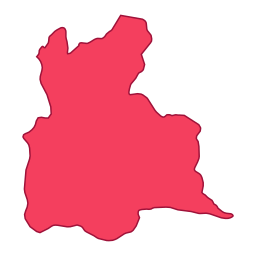 outline of Táchira
{"feature_id": "VEN-28", "entity_name": "Táchira", "entity_type": "State", "adm_level": 1, "iso_a3": "VEN", "parent_name": "Venezuela", "parent_adm1": "", "projection": "albers", "projection_center": [-71.957, 7.987], "detail": "fine", "context": "isolated", "style": "filled", "palette": "rose", "viewbox_px": 256, "rotation_deg": 0, "n_neighbors": 0, "source": "natural_earth", "source_scale": "10m", "svg_char_len": 3049}
<svg xmlns="http://www.w3.org/2000/svg" viewBox="0 0 256 256"><path d="M48.3,118.0L51.2,113.9L50.8,106.9L47.0,94.6L41.1,83.4L40.1,79.4L40.3,76.4L41.9,70.5L42.3,67.6L41.8,64.6L40.6,61.5L38.8,58.8L36.7,56.7L37.7,55.5L38.8,54.0L39.2,52.0L39.2,50.9L39.5,50.0L39.9,49.2L41.6,47.1L42.1,46.6L42.8,46.4L44.2,47.6L45.0,47.7L47.8,43.7L48.3,42.9L48.5,42.0L48.7,41.0L49.0,37.7L49.3,36.9L49.8,36.3L50.3,35.7L51.4,34.9L54.8,31.4L57.0,29.9L60.7,27.9L61.4,27.7L62.4,27.6L63.9,27.9L64.9,28.8L65.7,30.5L65.9,31.9L65.9,36.7L66.2,38.7L67.0,41.7L67.9,48.1L67.4,52.6L67.6,53.7L68.8,53.6L70.4,53.2L78.8,45.7L78.9,44.3L79.4,43.7L80.0,43.0L81.3,42.8L86.7,43.4L87.7,43.3L90.2,42.1L94.4,39.5L95.5,39.0L96.6,38.6L97.7,38.4L101.1,38.6L102.2,38.5L103.3,37.8L104.7,36.7L106.5,34.0L109.6,31.4L110.5,31.0L110.9,30.7L112.0,29.7L120.7,15.4L142.4,19.2L143.5,19.8L144.9,20.8L145.6,21.7L146.1,22.7L146.3,23.7L146.8,29.1L147.1,30.0L147.5,30.8L150.7,34.8L150.9,35.3L151.1,35.6L151.7,38.9L151.5,41.1L150.5,42.8L141.3,54.3L144.6,64.5L143.3,69.7L142.6,70.5L141.6,71.5L138.9,72.9L138.0,74.1L135.7,78.3L131.1,83.8L130.5,85.0L129.4,89.0L128.9,92.0L128.9,92.7L129.0,93.4L129.2,94.0L130.1,94.7L137.5,93.7L141.0,94.1L142.8,94.9L146.5,97.6L147.3,98.3L155.0,110.4L156.5,112.2L160.7,116.0L162.4,116.9L163.8,117.1L164.6,116.7L165.3,116.2L166.0,115.6L166.7,114.9L167.9,114.7L169.9,114.8L171.6,115.5L172.7,115.5L174.6,115.0L175.8,114.8L178.3,115.1L179.7,115.1L184.3,115.4L198.8,124.7L200.5,127.6L200.6,128.5L200.2,131.1L196.7,135.8L196.3,138.3L196.6,139.2L198.1,141.5L198.9,146.5L199.2,156.4L198.9,158.5L197.5,162.1L194.6,168.0L194.4,169.3L194.6,170.3L195.2,171.0L195.9,171.6L199.0,173.5L199.6,174.0L200.1,174.4L200.9,175.4L201.9,177.5L203.2,182.6L203.2,185.9L201.9,192.5L202.8,193.5L203.9,194.3L204.9,194.8L205.8,195.6L206.8,196.7L208.2,197.9L212.0,200.4L213.0,202.1L213.8,203.9L216.3,205.4L217.2,206.6L218.0,208.2L222.2,211.6L224.2,212.7L226.5,213.3L231.0,213.8L232.4,214.6L233.0,215.5L233.0,216.0L232.6,216.5L231.4,217.3L230.0,217.9L228.3,218.3L226.9,218.4L225.3,218.4L221.3,217.8L210.0,213.9L208.1,213.5L206.1,213.2L200.0,213.5L198.7,213.4L191.1,211.5L177.9,209.8L170.3,207.4L166.0,207.1L154.3,207.6L152.5,208.2L151.1,209.0L149.0,209.3L146.5,209.1L141.8,209.5L139.8,210.0L138.8,210.5L138.4,211.3L138.2,212.2L138.1,213.2L138.2,214.3L138.8,216.0L139.2,216.9L139.5,217.7L136.2,225.9L133.2,230.2L132.1,231.1L131.1,231.8L130.1,232.1L126.2,233.0L124.3,233.8L116.8,238.7L115.0,239.5L112.6,240.3L108.9,240.6L106.7,240.5L98.5,238.5L96.9,237.7L93.9,235.7L86.5,231.9L85.0,230.9L84.4,230.2L82.4,227.3L80.7,226.1L77.1,225.0L70.3,226.7L67.2,226.8L57.3,225.2L55.2,225.1L53.6,225.3L52.7,225.6L51.1,226.5L48.2,228.5L40.0,232.6L36.6,231.5L30.1,226.7L25.2,218.7L24.6,214.5L25.7,210.8L27.2,207.1L27.9,203.2L27.3,199.7L24.9,192.6L24.4,189.0L26.0,170.0L29.6,159.0L30.1,155.9L29.6,148.0L28.8,144.9L27.6,142.9L23.8,138.5L23.0,136.9L23.6,134.8L25.3,133.7L27.3,132.9L29.2,132.0L31.9,129.8L34.0,127.4L35.4,124.6L36.3,121.0L38.1,117.8L41.4,117.3L45.2,118.0L48.3,118.0Z" fill="#f43f5e" stroke="#9f1239" stroke-width="1.5"/></svg>